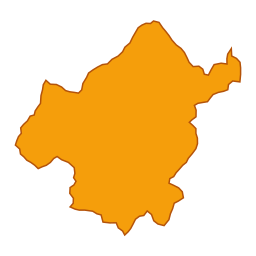 Bicas, Minas Gerais, Brazil
{"feature_id": "56859067B9449186447624", "entity_name": "Bicas", "entity_type": "district", "adm_level": 2, "iso_a3": "BRA", "parent_name": "Brazil", "parent_adm1": "Minas Gerais", "projection": "orthographic", "projection_center": [-43.101, -21.732], "detail": "fine", "context": "isolated", "style": "filled", "palette": "amber", "viewbox_px": 256, "rotation_deg": 0, "n_neighbors": 0, "source": "geoboundaries", "source_scale": "gbopen_adm2", "svg_char_len": 1903}
<svg xmlns="http://www.w3.org/2000/svg" viewBox="0 0 256 256"><path d="M231.3,48.6L227.7,54.1L226.9,58.7L227.0,64.0L221.1,63.2L214.1,64.6L211.1,69.8L208.4,75.1L204.3,74.2L202.8,69.2L198.9,66.2L193.1,66.6L189.1,62.3L187.0,57.7L184.4,52.5L181.0,48.4L176.3,45.0L172.0,40.2L169.0,35.6L165.8,31.5L162.6,27.7L159.0,22.4L153.5,21.0L150.5,23.5L146.0,23.3L141.9,25.1L138.2,27.7L135.3,32.7L132.7,37.2L129.9,43.0L124.9,47.2L122.6,51.8L118.1,56.1L112.0,59.3L107.5,63.9L102.4,64.6L97.7,67.0L93.1,69.8L88.6,73.0L86.6,77.4L82.9,83.5L81.7,89.9L78.5,93.1L74.3,92.4L69.8,91.8L65.6,90.6L61.6,87.0L56.4,84.5L50.3,84.2L45.9,80.3L43.3,84.7L42.5,89.9L41.0,95.6L40.5,103.4L37.8,107.0L35.2,110.9L34.2,115.0L30.2,116.1L27.4,120.9L23.6,124.4L20.7,127.9L21.3,133.3L18.5,136.6L16.8,140.7L15.4,145.1L19.7,149.0L20.5,154.0L23.9,156.9L26.8,160.2L30.8,162.4L34.7,165.2L38.2,168.6L42.1,166.8L46.3,165.3L50.4,162.4L53.7,158.5L57.1,156.5L61.6,159.7L68.4,162.4L74.2,167.6L74.9,173.3L73.6,177.7L76.0,181.3L73.9,185.0L70.1,187.5L69.8,193.4L73.4,198.2L73.2,203.3L70.1,206.9L75.0,209.1L79.2,210.1L84.7,210.1L92.7,211.2L96.9,213.8L101.1,214.9L103.0,222.1L109.9,222.9L116.2,222.8L118.3,227.9L122.6,231.0L124.7,235.0L128.1,231.8L130.7,228.5L133.0,224.2L135.5,219.2L139.5,216.2L143.8,215.5L147.2,211.0L151.5,214.5L153.8,220.8L157.9,224.0L164.1,225.6L168.9,219.7L170.4,213.8L172.6,208.7L174.2,203.2L178.3,201.1L183.4,197.8L182.3,191.8L178.7,187.9L173.4,185.2L169.0,183.2L169.8,178.6L173.7,176.6L176.1,172.7L179.3,169.2L182.7,165.3L186.3,162.4L188.3,158.3L192.2,153.7L195.9,148.7L197.5,143.7L197.4,138.1L195.9,133.4L195.9,128.6L192.9,125.5L189.3,122.3L192.2,119.6L196.0,116.8L196.1,110.1L194.4,105.4L197.9,103.3L203.1,102.4L207.5,101.7L210.1,98.2L213.1,94.5L218.3,92.4L223.6,91.3L227.8,89.7L228.5,84.5L232.7,81.0L239.9,81.9L240.6,74.4L240.6,67.8L240.0,62.3L236.5,58.4L231.7,56.0L231.3,48.6Z" fill="#f59e0b" stroke="#b45309" stroke-width="1.5"/></svg>